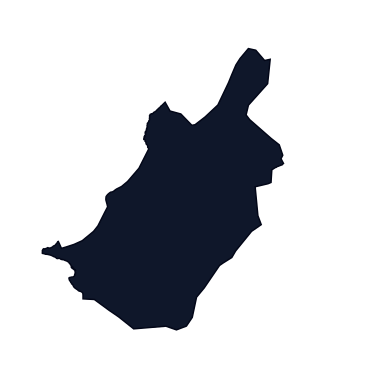 Shine-Ider, Hövsgöl, Mongolia, rotated 310°
{"feature_id": "93677404B2181699947628", "entity_name": "Shine-Ider", "entity_type": "district", "adm_level": 2, "iso_a3": "MNG", "parent_name": "Mongolia", "parent_adm1": "Hövsgöl", "projection": "robinson", "projection_center": [99.405, 49.039], "detail": "fine", "context": "isolated", "style": "filled", "palette": "ink", "viewbox_px": 384, "rotation_deg": 310, "n_neighbors": 0, "source": "geoboundaries", "source_scale": "gbopen_adm2", "svg_char_len": 5402}
<svg xmlns="http://www.w3.org/2000/svg" viewBox="0 0 384 384"><g transform="rotate(310 192 192)"><path d="M47.4,153.0L46.6,153.4L46.1,154.2L45.7,154.8L45.5,155.1L45.4,155.6L45.4,156.2L45.3,156.5L44.9,157.1L44.9,157.5L44.9,158.0L44.5,158.4L44.3,158.7L44.3,159.3L44.4,159.8L44.4,160.3L44.1,160.8L43.8,161.1L43.8,161.4L43.8,161.5L43.7,161.8L43.4,162.3L43.2,163.5L43.3,165.3L43.4,166.1L43.5,167.0L43.5,167.7L43.4,168.4L43.5,168.9L43.9,169.9L44.4,171.0L44.5,171.8L44.5,172.5L44.3,173.3L44.0,173.8L42.6,175.1L40.1,177.2L46.9,186.3L48.1,204.8L49.2,216.0L49.7,235.3L72.4,258.2L76.4,268.7L85.7,273.9L96.1,272.8L114.3,263.1L126.4,263.0L153.4,260.3L157.8,261.5L167.4,264.6L175.0,263.3L200.2,262.9L211.5,266.0L216.2,257.7L236.6,237.0L247.2,244.9L250.1,246.4L260.4,238.8L261.1,239.2L262.0,239.4L263.9,240.0L264.3,240.1L264.8,240.5L265.2,240.7L265.7,240.8L266.2,240.9L267.3,241.6L267.6,241.8L268.5,242.2L269.7,242.9L270.7,243.5L271.3,243.7L271.8,243.5L272.1,243.5L272.4,243.6L272.7,243.7L274.7,238.8L278.5,237.9L284.2,228.5L283.9,218.3L284.5,189.7L285.8,183.9L294.8,179.4L317.1,180.1L323.6,180.3L343.9,166.6L339.4,163.1L341.6,149.7L338.1,143.0L325.2,143.0L317.5,144.0L307.0,147.2L299.2,149.7L275.3,155.9L257.9,153.8L245.5,151.1L243.0,149.0L244.6,133.3L239.9,123.1L243.5,113.7L238.3,113.2L237.9,113.0L237.5,112.9L237.2,112.9L236.4,113.1L236.1,113.1L235.6,112.9L234.8,112.7L234.4,112.6L233.9,112.6L233.6,112.6L233.0,112.7L232.3,112.4L232.0,112.4L231.2,112.5L230.8,112.4L230.0,112.1L229.7,112.0L229.0,112.0L228.6,111.8L228.5,111.6L228.4,111.5L228.2,111.5L227.9,111.5L227.6,111.7L227.3,111.7L227.1,111.6L226.8,111.4L226.4,111.4L226.4,111.2L226.2,111.0L226.0,110.8L225.8,110.8L225.7,110.6L225.2,110.4L224.8,110.2L224.6,110.1L224.3,110.3L223.9,110.4L223.7,110.3L223.4,110.4L223.0,110.5L222.9,110.6L222.7,111.0L222.2,111.4L221.7,111.7L221.3,111.9L221.0,112.1L220.6,112.6L220.2,113.0L219.9,113.1L219.5,113.2L218.8,113.2L217.6,113.7L217.0,113.8L216.8,113.8L216.5,113.7L216.2,113.7L215.9,113.7L215.2,114.2L214.6,114.7L213.8,115.0L213.6,115.1L213.5,115.7L213.5,115.8L212.8,116.3L212.7,116.3L212.6,116.2L212.4,116.1L212.2,116.2L212.1,116.4L211.9,116.5L211.6,116.4L211.3,116.5L211.2,116.9L211.2,117.0L210.8,117.0L210.7,117.0L210.3,117.0L210.2,117.1L210.1,117.3L209.8,117.6L209.6,117.6L209.4,117.7L209.0,117.5L208.9,117.5L208.7,117.5L208.6,117.8L208.3,117.7L208.1,117.7L207.9,117.7L207.8,117.9L207.8,118.1L207.8,118.3L207.7,118.3L207.3,118.1L207.2,118.2L206.9,118.5L206.7,118.6L206.6,118.9L206.6,119.1L206.6,119.3L206.4,119.4L206.2,119.5L205.9,119.6L205.6,119.6L205.1,119.5L204.9,119.5L204.6,119.6L204.3,119.7L204.2,119.8L204.2,120.1L203.9,120.1L203.7,120.0L203.5,119.9L203.4,120.0L203.4,120.4L203.3,120.5L203.0,120.5L202.8,120.5L202.3,120.5L202.2,120.6L201.9,120.9L201.4,121.2L201.3,121.3L201.5,121.5L201.7,122.1L201.7,122.3L201.7,122.5L201.4,122.8L200.9,123.2L200.8,123.3L200.7,123.5L200.8,123.7L200.8,123.8L200.9,124.1L199.9,125.4L199.4,125.9L199.3,126.2L199.3,126.5L199.2,126.7L199.2,127.0L199.3,127.4L199.2,127.8L199.0,128.1L198.6,128.6L198.2,129.0L197.8,129.3L197.7,129.5L197.7,130.3L197.5,130.5L197.4,130.9L197.1,131.2L176.1,136.1L158.6,135.9L150.9,134.5L145.8,132.3L144.0,131.8L142.3,131.5L141.0,131.0L139.4,129.7L137.7,129.3L135.8,129.0L133.4,129.1L132.9,129.4L132.1,129.9L130.6,131.1L128.0,134.8L126.4,136.9L120.9,138.1L105.6,141.7L98.5,141.9L84.1,139.2L76.0,135.3L69.1,131.0L64.9,128.2L68.2,121.4L67.7,121.1L67.3,121.2L67.0,121.2L66.2,121.4L65.8,121.4L65.3,121.4L64.7,121.3L64.4,121.3L64.2,121.4L63.7,121.4L63.4,121.4L63.0,121.3L62.0,120.8L61.1,120.5L60.7,120.5L60.2,120.5L59.7,120.4L59.2,119.9L58.9,119.8L58.3,119.7L57.8,119.2L57.5,119.1L57.3,119.0L57.2,118.8L57.2,118.5L57.1,118.4L56.8,118.1L56.8,117.5L56.7,117.3L56.5,117.2L55.7,116.9L54.0,116.0L53.6,115.8L53.4,115.7L53.5,115.2L53.4,115.0L53.2,114.9L52.8,114.7L52.5,114.7L51.2,114.9L50.8,115.1L50.4,115.5L49.6,116.2L49.0,116.5L48.9,116.6L48.9,116.8L48.9,117.0L49.1,117.4L49.7,118.4L49.8,118.6L50.0,119.4L50.2,119.8L50.5,120.2L51.4,121.5L52.7,124.1L53.2,125.6L53.3,126.0L53.4,126.4L53.5,127.2L53.6,127.6L53.8,127.9L54.0,128.5L54.2,129.4L54.2,129.8L54.3,130.2L54.2,130.5L54.2,130.9L54.2,131.1L54.3,131.4L54.5,131.7L55.3,132.4L55.5,132.6L55.9,132.8L56.0,132.9L56.1,133.2L56.1,133.8L56.1,134.1L56.3,135.2L56.4,135.4L56.6,135.6L56.8,135.7L56.9,135.8L57.0,136.1L57.1,136.4L57.1,136.6L57.4,136.8L57.6,137.1L57.7,137.5L57.9,138.5L58.0,138.7L58.2,139.0L58.3,139.2L58.3,139.7L58.4,140.0L58.7,140.3L58.8,141.7L59.0,142.5L59.0,142.9L58.9,143.1L58.7,143.3L58.7,143.8L58.6,144.0L58.6,144.3L58.5,144.8L58.3,145.4L58.1,145.8L58.1,146.4L58.1,146.6L58.0,146.9L57.9,147.1L57.8,147.3L57.5,147.3L57.4,147.4L57.2,147.5L57.0,147.8L56.8,147.9L56.7,148.1L56.7,148.4L56.8,148.6L57.0,148.6L57.3,148.7L57.6,148.6L57.8,148.6L57.8,148.8L57.6,148.9L57.4,148.9L57.2,149.1L57.2,149.3L56.8,149.3L56.6,149.2L56.5,149.3L56.6,149.7L56.6,150.0L56.9,150.2L57.2,150.2L57.4,150.4L57.4,150.5L57.2,150.7L56.9,150.7L56.7,151.2L56.7,151.7L56.8,151.8L57.0,152.0L57.2,152.3L56.8,152.4L56.7,152.5L56.7,152.8L56.8,153.1L56.4,153.1L56.2,153.2L56.1,153.3L55.8,153.8L55.4,154.0L55.3,154.3L55.4,154.5L55.3,154.8L54.8,154.9L54.3,154.8L54.1,154.9L54.1,155.0L54.0,155.3L53.6,155.2L53.4,155.2L53.1,155.5L52.8,155.5L52.7,155.8L52.4,155.9L51.9,156.0L51.1,155.7L50.6,155.5L49.9,155.0L49.3,154.3L49.0,154.1L48.6,153.9L48.4,153.7L48.1,153.4L47.5,153.1L47.4,153.0Z" fill="#0f172a" stroke="#020617" stroke-width="1.5"/></g></svg>